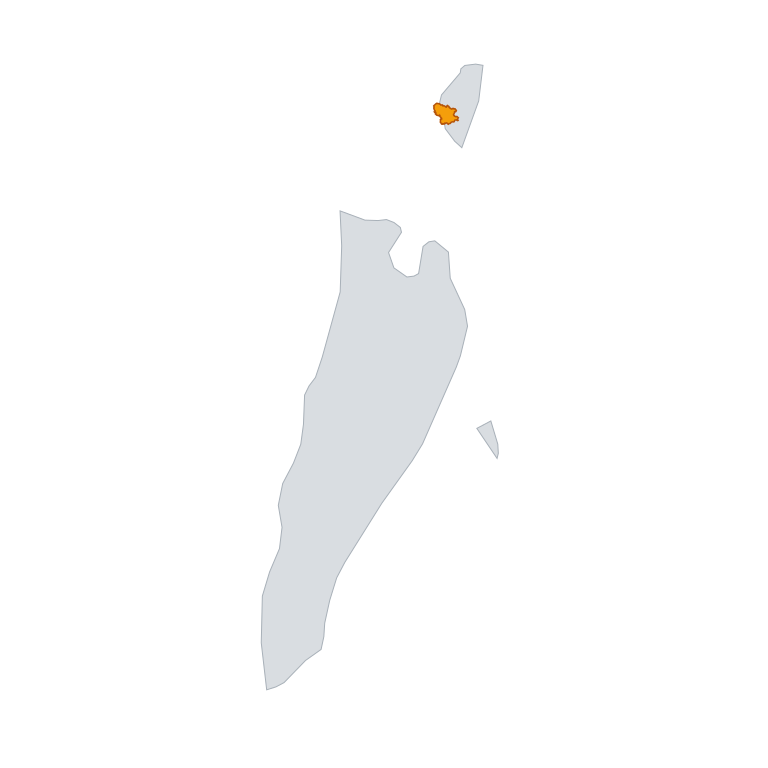 Oesilo, Ambeno, East Timor (highlighted), rotated 125°
{"feature_id": "22284137B5780280326887", "entity_name": "Oesilo", "entity_type": "district", "adm_level": 2, "iso_a3": "TLS", "parent_name": "East Timor", "parent_adm1": "Ambeno", "projection": "mercator", "projection_center": [124.373, -9.357], "detail": "fine", "context": "in_parent", "style": "filled", "palette": "amber", "viewbox_px": 768, "rotation_deg": 125, "n_neighbors": 0, "source": "geoboundaries", "source_scale": "gbopen_adm2", "svg_char_len": 4980}
<svg xmlns="http://www.w3.org/2000/svg" viewBox="0 0 768 768"><g transform="rotate(125 384 384)"><path d="M267.4,519.3L260.7,493.6L253.5,482.6L247.9,476.3L246.0,468.5L246.4,460.4L249.7,456.7L273.7,455.7L283.2,442.5L283.2,426.6L278.4,421.3L273.7,419.0L248.9,430.9L241.8,428.8L237.6,424.5L239.0,406.9L259.4,390.4L276.7,360.6L288.8,348.7L317.1,337.6L328.6,334.5L410.9,318.1L430.6,316.9L482.8,317.4L552.6,313.8L569.9,311.6L592.3,304.4L613.9,295.4L625.4,288.4L637.5,283.3L655.4,289.7L685.9,294.6L694.1,298.8L701.8,304.7L666.4,336.1L627.5,362.0L603.6,369.9L578.8,375.2L559.9,385.3L544.0,401.0L523.6,409.9L500.7,412.8L481.1,417.6L463.3,426.8L438.6,442.7L428.6,444.3L417.9,443.9L397.4,450.0L333.7,472.7L295.1,497.9L267.4,519.3ZM66.2,485.7L97.8,468.8L145.8,455.8L144.6,465.3L139.7,480.3L132.4,487.3L121.4,499.9L114.2,502.7L85.4,500.0L81.7,501.8L76.7,500.5L69.4,492.4L66.2,485.7ZM380.1,248.7L367.1,282.5L353.0,275.3L368.0,256.3L375.2,250.6L380.1,248.7Z" fill="#d9dde1" stroke="#a8b0b8" stroke-width="1"/><path d="M123.9,501.9L124.0,501.9L124.4,502.0L124.9,502.3L125.1,502.3L125.6,502.4L125.8,502.4L126.1,502.5L126.5,502.6L127.3,502.8L127.6,502.8L127.6,502.6L127.8,502.4L128.0,502.3L128.1,502.2L128.3,501.9L128.5,501.9L128.6,501.7L128.8,501.7L129.1,501.6L129.3,501.5L129.4,501.3L129.5,501.3L129.8,501.1L130.4,500.2L130.8,499.6L130.8,499.2L130.9,498.9L131.2,498.8L131.3,498.8L131.5,498.5L131.7,498.4L131.8,498.3L131.9,498.2L132.0,498.2L132.0,498.3L132.2,498.5L132.2,498.4L132.3,498.3L132.5,498.1L132.5,497.8L132.2,497.6L131.8,497.5L131.8,497.4L132.0,497.3L132.1,497.2L132.3,497.1L132.5,497.2L132.8,497.1L133.0,496.9L133.1,496.7L133.3,496.6L133.2,496.4L133.3,496.2L133.1,495.9L133.3,495.7L133.5,495.5L133.5,495.4L133.6,495.2L133.5,494.9L133.4,494.5L133.3,494.4L133.2,494.2L133.1,493.8L133.1,493.6L133.0,493.3L132.9,493.1L132.7,493.0L132.3,492.9L132.2,492.8L132.1,492.7L132.3,492.5L132.3,492.4L132.2,492.4L132.3,492.3L132.3,492.2L132.5,492.3L132.6,492.2L132.6,491.9L132.7,491.7L132.8,491.5L132.9,491.4L132.9,491.2L133.0,491.0L133.0,490.9L133.0,490.7L132.9,490.5L132.9,490.4L133.0,490.3L133.3,490.0L133.3,489.7L133.3,489.4L133.3,489.2L133.3,488.9L133.3,488.7L133.2,488.7L133.4,488.7L133.5,488.7L133.8,488.9L133.9,489.0L134.0,488.9L134.1,489.0L134.4,489.1L134.5,489.2L134.5,489.4L134.8,489.4L135.0,489.5L135.1,489.4L135.3,489.3L135.4,489.2L135.5,489.0L135.7,488.9L135.9,488.8L136.1,488.7L136.3,488.6L136.5,488.5L136.5,488.4L136.8,488.2L137.0,488.1L137.2,487.9L137.4,487.8L137.4,487.7L137.5,487.4L137.6,487.2L137.6,486.9L137.6,486.7L137.5,486.4L137.8,486.2L137.7,486.0L137.8,486.0L137.9,485.9L138.0,485.8L138.0,485.6L137.9,485.5L137.8,485.4L137.7,485.3L137.6,485.1L137.5,484.9L137.4,484.7L137.1,484.5L136.7,484.6L136.5,484.3L136.5,484.2L136.5,483.9L136.3,483.6L136.2,483.5L135.8,483.5L135.6,483.6L135.4,483.7L135.3,483.3L135.2,483.1L134.5,482.8L134.4,482.8L134.3,482.5L134.1,482.3L134.1,482.2L134.2,481.5L134.2,481.4L134.4,481.1L134.4,480.7L134.2,480.4L134.2,480.2L133.8,480.2L133.8,480.3L133.6,480.2L133.3,480.0L133.0,479.7L132.9,479.4L132.5,479.2L132.2,479.1L131.8,479.2L131.4,479.2L131.1,479.1L130.9,479.0L130.7,478.8L130.3,478.6L129.8,478.1L129.7,478.0L129.7,477.9L129.6,477.6L129.4,477.3L129.2,477.1L128.9,477.0L128.7,477.0L128.2,477.1L127.7,477.3L127.3,477.4L127.2,477.3L127.1,477.2L126.9,477.0L126.6,476.7L126.4,476.6L126.2,476.4L126.1,475.8L126.2,475.5L126.1,475.3L126.1,474.9L126.0,474.7L125.9,474.6L125.5,474.5L125.4,474.9L125.3,475.1L125.4,475.4L125.4,475.5L125.1,475.7L124.1,475.7L123.5,475.9L123.2,475.9L123.2,476.1L123.2,476.5L123.2,476.8L123.1,477.1L123.0,477.3L123.0,477.5L123.0,477.8L123.4,478.0L123.6,478.1L123.9,478.4L123.9,478.5L123.8,478.9L124.0,479.4L124.2,479.8L124.2,480.0L123.9,480.4L123.8,480.5L123.9,481.0L123.7,481.3L123.2,481.7L122.8,481.6L122.7,481.6L122.3,481.7L121.9,481.8L121.4,481.9L121.1,481.8L120.8,482.0L120.6,482.3L120.4,482.4L120.2,482.2L120.0,481.9L119.8,481.6L119.7,481.5L119.6,481.4L119.2,481.4L118.7,481.6L118.4,481.6L118.3,481.8L118.2,482.1L118.3,482.4L118.3,482.6L118.2,482.8L117.9,483.3L117.8,483.6L117.9,483.9L118.0,483.9L118.3,484.1L118.5,484.3L118.6,484.6L118.5,485.1L118.5,485.3L118.6,485.6L119.6,486.0L119.8,486.1L120.0,486.3L120.1,486.6L120.1,486.8L120.0,487.1L120.0,487.4L120.1,487.8L120.2,488.3L120.1,488.5L119.9,488.8L120.0,489.0L120.1,489.3L119.9,489.5L119.6,489.7L119.5,489.9L119.4,490.3L119.4,490.5L119.5,490.9L119.6,491.5L119.4,491.8L119.5,491.9L119.7,492.0L119.9,492.0L120.3,491.9L121.3,491.7L121.5,491.8L121.5,492.1L121.7,492.5L121.6,492.8L121.5,493.1L121.5,493.5L121.5,493.9L121.6,494.1L121.8,494.6L122.2,494.9L122.4,495.2L122.4,495.5L122.2,495.7L122.1,495.9L121.9,496.1L122.0,496.2L122.1,496.4L122.1,496.5L122.4,496.8L122.5,497.1L122.9,497.4L122.9,497.5L122.7,498.0L122.7,498.3L122.8,498.6L122.7,498.8L122.8,499.1L122.7,499.3L122.7,499.6L122.8,499.7L122.9,499.8L123.0,500.1L123.3,500.4L123.4,500.6L123.4,500.9L123.4,501.0L123.7,501.4L123.7,501.6L123.8,501.7L123.9,501.9Z" fill="#f59e0b" stroke="#b45309" stroke-width="1.5"/></g></svg>